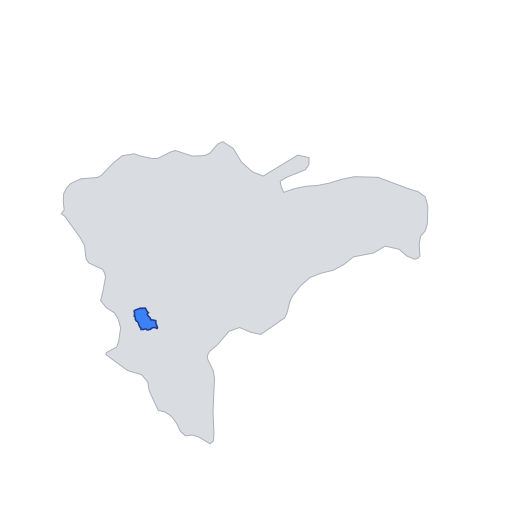 location of El Cercado, San Juan, Dominican Republic, rotated 334°
{"feature_id": "3306468B41168482841480", "entity_name": "El Cercado", "entity_type": "district", "adm_level": 2, "iso_a3": "DOM", "parent_name": "Dominican Republic", "parent_adm1": "San Juan", "projection": "equal_earth", "projection_center": [-71.477, 18.706], "detail": "fine", "context": "in_parent", "style": "filled", "palette": "blue", "viewbox_px": 512, "rotation_deg": 334, "n_neighbors": 0, "source": "geoboundaries", "source_scale": "gbopen_adm2", "svg_char_len": 4340}
<svg xmlns="http://www.w3.org/2000/svg" viewBox="0 0 512 512"><g transform="rotate(334 256 256)"><path d="M100.5,351.9L100.9,330.4L103.5,321.6L101.1,312.4L90.3,302.6L83.7,290.0L77.9,278.8L79.2,277.2L90.9,276.7L95.1,272.6L102.9,261.2L104.5,252.0L103.9,245.1L98.8,236.8L96.8,228.0L103.1,220.4L111.3,209.3L112.5,205.0L112.3,200.8L102.7,189.0L102.0,184.0L106.5,171.3L106.1,162.9L101.6,136.6L99.5,132.7L103.8,130.5L106.6,122.7L110.4,115.7L115.4,112.0L121.0,109.6L132.3,109.8L147.8,115.9L152.2,115.8L167.1,110.3L179.5,107.2L191.2,110.7L195.9,115.4L205.5,122.9L210.4,125.2L225.6,125.1L229.7,125.8L242.5,138.2L253.3,143.1L259.5,143.4L270.7,138.6L276.3,138.7L282.7,149.4L284.0,164.6L289.4,178.4L297.5,187.3L337.8,183.6L346.8,190.9L343.7,196.9L338.1,200.1L318.9,198.7L310.5,199.4L308.9,205.4L308.9,211.0L320.1,212.3L331.1,215.1L342.3,219.6L353.7,222.6L366.5,224.6L379.1,227.8L400.2,238.8L423.7,263.6L429.9,269.3L434.1,277.1L432.2,286.7L424.0,302.4L419.3,307.5L412.4,310.5L407.8,317.0L403.3,328.0L400.5,328.9L397.2,328.5L391.6,322.2L387.5,312.6L376.3,303.7L362.9,304.8L343.2,299.5L331.3,302.1L319.4,302.7L307.2,300.0L294.9,299.0L282.7,302.4L270.8,308.2L266.5,311.8L258.9,320.8L254.8,324.1L225.9,328.6L217.6,322.0L209.9,313.1L198.7,311.8L182.6,318.8L172.6,321.3L168.5,324.3L167.3,327.7L167.3,340.2L165.0,347.9L149.3,376.7L140.4,397.1L136.8,403.4L132.5,404.8L124.8,393.1L119.9,388.8L113.7,386.7L111.2,380.5L111.3,371.6L109.7,363.1L105.9,356.3L100.5,351.9Z" fill="#d9dde1" stroke="#a8b0b8" stroke-width="1"/><path d="M126.7,275.2L126.9,275.3L127.2,275.3L127.7,275.3L128.2,275.3L128.5,275.6L128.8,275.7L129.0,275.6L129.2,275.4L129.3,275.4L129.6,275.4L129.8,275.5L130.0,275.5L130.6,275.3L130.9,275.1L131.0,275.1L131.3,275.0L131.5,275.0L131.8,275.1L132.1,275.3L132.4,275.5L132.6,275.6L132.8,275.7L133.0,275.7L133.5,275.8L133.9,275.9L134.0,276.0L134.2,276.3L134.4,276.5L134.5,276.9L134.6,277.1L134.7,277.3L134.9,277.5L135.0,277.7L135.1,277.8L135.3,277.8L135.5,277.8L135.7,277.6L135.8,277.5L135.9,277.2L136.1,277.1L136.2,276.0L136.2,275.7L136.4,275.4L136.4,275.1L136.4,274.6L136.4,273.1L136.4,272.8L136.5,272.6L136.5,272.4L136.7,272.1L136.7,271.8L136.8,271.7L137.4,270.9L137.5,270.7L137.6,270.3L137.6,270.1L137.4,269.9L137.0,269.6L136.7,269.5L136.4,269.2L136.2,269.1L135.7,268.6L135.3,268.3L135.0,268.1L134.7,268.0L134.4,267.7L134.1,267.6L133.8,267.4L133.4,267.3L133.4,267.2L133.3,266.9L133.5,266.5L133.6,266.2L133.7,265.9L133.8,265.7L133.7,265.3L133.6,265.0L133.5,264.7L133.3,264.4L133.3,264.2L133.2,263.8L133.2,263.6L133.0,263.3L133.0,263.1L133.0,262.9L132.9,262.4L132.9,262.2L132.7,261.7L132.6,261.4L132.5,261.2L132.4,261.0L132.4,260.9L132.5,260.7L132.9,260.4L133.0,260.3L133.4,260.2L133.5,260.2L133.8,260.0L134.5,259.8L134.3,259.4L134.2,259.2L134.1,258.6L134.0,258.4L133.9,258.1L133.9,257.9L133.8,257.6L133.8,256.7L133.8,256.4L133.6,255.8L133.6,255.6L133.6,255.4L133.6,255.2L133.7,254.9L133.8,254.8L133.8,254.6L133.7,254.6L133.6,254.4L133.3,254.1L133.1,254.0L132.8,254.0L132.6,253.9L132.4,253.7L132.2,253.7L131.8,253.6L131.7,253.5L131.2,253.1L130.8,253.3L130.6,253.2L130.4,253.2L130.1,253.0L129.8,252.5L129.6,252.3L129.5,252.2L129.4,252.2L129.0,252.1L127.4,252.1L126.9,252.1L126.6,252.0L126.3,251.9L126.2,251.8L125.8,251.8L124.2,251.7L123.1,251.7L122.8,251.7L122.7,251.8L122.4,251.9L122.3,252.1L122.1,252.7L122.0,252.9L122.0,253.0L121.9,253.7L121.9,253.9L121.9,254.0L121.6,254.4L121.1,255.1L121.1,255.4L121.1,255.6L121.0,255.9L120.8,256.0L120.7,256.1L120.4,256.3L120.3,256.5L120.2,256.6L120.3,256.7L120.3,256.8L120.4,257.0L120.5,257.0L120.7,257.5L120.8,257.7L120.8,257.9L120.7,258.0L120.3,258.7L120.0,259.4L120.0,259.6L119.9,260.0L119.8,260.3L119.7,260.4L119.7,260.5L119.8,260.6L119.9,261.0L119.9,261.3L119.9,261.9L120.0,262.1L120.1,262.3L120.4,262.5L120.5,262.6L120.7,262.9L120.8,263.2L120.8,263.3L120.8,263.5L120.8,263.9L120.8,264.6L120.8,265.3L120.8,265.5L120.7,265.7L120.6,266.1L120.6,266.3L120.5,266.6L120.5,267.1L120.5,268.5L120.5,269.0L120.6,269.4L120.7,269.7L120.8,269.9L120.8,270.0L120.8,270.5L120.6,270.9L120.5,271.3L120.4,271.7L120.8,271.9L121.2,272.0L121.4,272.1L121.7,272.3L121.9,272.4L122.2,272.6L122.4,272.7L122.5,272.7L123.5,272.7L123.8,272.8L124.0,272.8L124.3,273.0L124.8,273.2L125.3,273.5L125.4,273.8L125.5,274.2L125.5,274.3L125.5,274.5L125.9,274.8L126.0,274.9L126.7,275.2Z" fill="#3b82f6" stroke="#1e3a8a" stroke-width="1.5"/></g></svg>